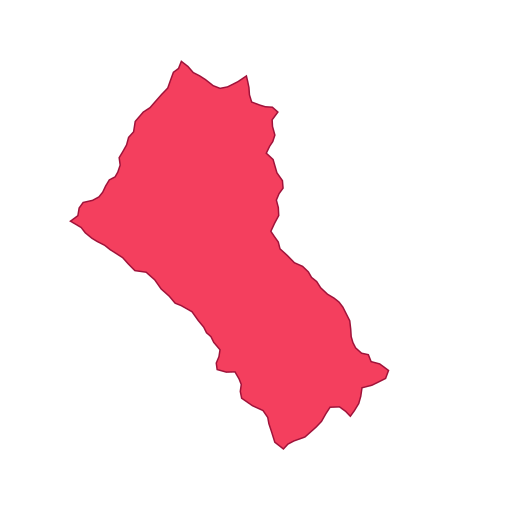 the district of Lupércio, São Paulo, Brazil, rotated 306°
{"feature_id": "56859067B18572891810080", "entity_name": "Lupércio", "entity_type": "district", "adm_level": 2, "iso_a3": "BRA", "parent_name": "Brazil", "parent_adm1": "São Paulo", "projection": "mercator", "projection_center": [-49.815, -22.439], "detail": "fine", "context": "isolated", "style": "filled", "palette": "rose", "viewbox_px": 512, "rotation_deg": 306, "n_neighbors": 0, "source": "geoboundaries", "source_scale": "gbopen_adm2", "svg_char_len": 1821}
<svg xmlns="http://www.w3.org/2000/svg" viewBox="0 0 512 512"><g transform="rotate(306 256 256)"><path d="M396.0,142.4L386.4,138.9L376.1,133.6L370.5,128.4L368.6,121.2L369.0,111.4L368.6,104.4L367.5,97.4L369.3,89.7L369.6,81.2L362.2,83.1L356.1,81.2L349.1,83.2L340.0,85.9L331.4,84.7L321.8,83.8L313.8,83.1L306.2,80.2L293.9,79.2L284.5,84.0L277.1,83.2L269.8,86.0L262.2,86.9L255.1,87.5L249.7,92.7L242.6,94.9L237.2,95.5L231.4,92.6L224.3,93.2L217.5,94.5L211.5,94.2L205.0,91.1L197.7,84.7L190.9,84.7L183.9,88.2L175.1,85.4L176.3,97.8L174.4,104.3L173.9,113.0L174.4,119.0L175.7,127.2L175.4,134.5L175.9,142.1L176.3,149.1L174.6,157.0L173.0,166.6L178.3,176.6L177.2,188.1L173.6,198.6L172.5,209.4L170.3,218.3L171.9,224.6L173.3,237.0L169.9,247.1L167.7,255.6L164.8,261.1L164.3,266.9L161.3,272.6L159.0,282.0L152.8,285.2L146.0,286.8L141.3,291.3L144.6,300.2L149.9,307.1L146.7,314.4L143.4,319.6L137.2,322.9L132.5,328.0L132.8,341.1L135.1,352.5L132.3,360.4L127.9,365.0L122.8,372.1L116.4,380.7L116.0,391.6L122.6,392.4L128.7,395.4L138.4,402.0L153.1,405.2L160.7,406.2L169.5,405.2L177.2,404.8L183.0,412.2L183.0,419.8L181.8,426.5L188.6,426.5L197.1,425.8L204.1,423.2L211.7,419.2L219.7,425.8L233.1,432.8L241.3,430.5L241.4,419.5L238.2,411.2L242.2,404.9L239.4,398.5L240.2,390.6L242.9,385.3L246.7,380.4L252.5,375.6L258.7,369.9L265.7,356.3L267.5,350.3L267.8,343.9L267.1,336.3L268.3,326.9L271.0,320.1L271.3,313.5L273.9,307.7L275.0,299.8L273.1,291.0L274.8,281.1L275.9,271.2L280.4,265.8L282.5,259.5L284.7,253.5L293.3,251.8L302.1,250.6L308.3,245.6L313.2,239.6L320.0,238.0L326.8,238.0L332.5,233.1L335.6,224.0L344.1,213.1L345.2,203.9L352.9,202.5L358.4,202.3L364.9,200.2L370.5,193.2L375.7,189.0L385.3,189.1L386.0,181.8L382.2,175.8L380.2,170.0L378.0,162.0L382.5,156.0L388.1,151.3L392.2,146.8L396.0,142.4Z" fill="#f43f5e" stroke="#9f1239" stroke-width="1.5"/></g></svg>